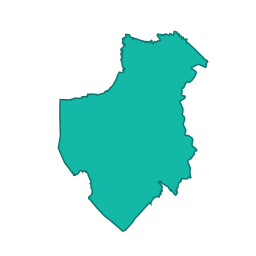 Yurécuaro, Michoacán, Mexico (Robinson projection), rotated 99°
{"feature_id": "50627088B45879442922010", "entity_name": "Yurécuaro", "entity_type": "district", "adm_level": 2, "iso_a3": "MEX", "parent_name": "Mexico", "parent_adm1": "Michoacán", "projection": "robinson", "projection_center": [-102.23, 20.294], "detail": "fine", "context": "isolated", "style": "filled", "palette": "teal", "viewbox_px": 256, "rotation_deg": 99, "n_neighbors": 0, "source": "geoboundaries", "source_scale": "gbopen_adm2", "svg_char_len": 5599}
<svg xmlns="http://www.w3.org/2000/svg" viewBox="0 0 256 256"><g transform="rotate(99 128 128)"><path d="M50.0,59.7L49.8,60.0L48.9,60.5L48.9,61.3L48.9,61.9L47.8,63.3L38.8,75.7L34.7,81.9L34.8,83.4L33.1,83.6L33.1,84.3L31.1,83.8L31.6,86.5L29.9,87.7L31.5,88.8L29.0,89.6L29.1,92.0L27.6,91.7L27.7,92.5L26.9,92.8L26.8,94.4L25.8,94.6L25.3,97.4L29.1,97.9L28.2,101.4L30.0,101.6L29.7,103.3L29.6,104.0L29.2,105.9L30.6,106.2L30.3,108.0L30.7,108.2L30.8,108.4L30.5,109.7L31.1,109.7L30.8,111.9L30.7,111.9L30.5,113.1L32.1,113.7L36.1,109.6L36.5,109.5L37.5,112.4L37.8,112.4L38.0,112.9L38.7,113.2L38.5,115.5L40.9,116.5L39.5,118.3L38.6,117.7L37.8,118.4L38.8,119.3L38.8,119.7L40.4,120.6L40.3,121.5L39.8,121.4L39.7,121.6L39.8,123.4L39.9,123.7L39.9,124.4L40.0,125.0L40.5,124.9L39.9,125.7L39.6,128.5L38.3,136.4L39.3,136.6L39.3,136.9L39.2,137.3L38.3,137.1L37.8,139.7L35.6,141.5L36.0,145.0L38.2,144.0L38.6,144.8L39.3,145.7L39.7,146.0L39.8,146.5L40.0,146.5L40.5,146.3L40.7,146.6L40.6,147.2L40.7,147.3L40.8,147.2L41.0,146.6L41.5,146.9L41.9,147.0L42.5,146.6L43.2,146.9L43.7,146.7L43.8,146.3L44.2,146.3L44.8,146.7L45.3,146.7L45.5,146.5L45.4,146.3L45.6,145.4L45.3,144.8L46.1,143.8L46.5,143.8L46.6,144.5L46.9,144.8L47.4,144.6L47.8,144.7L48.0,145.2L48.5,145.0L48.9,145.4L49.5,145.7L49.9,146.3L50.5,146.4L50.8,146.9L51.0,146.7L51.5,146.6L51.7,147.2L52.0,147.3L52.2,147.1L51.9,146.0L52.1,145.7L52.5,146.0L53.1,145.1L53.7,145.3L54.1,146.3L54.4,145.8L55.0,145.9L55.3,145.4L55.6,145.4L55.9,145.8L56.1,146.6L56.6,146.6L56.8,146.4L56.7,146.2L56.4,146.2L56.4,145.9L56.7,144.9L57.1,144.8L58.1,145.1L58.4,145.5L58.6,145.4L58.6,144.8L59.3,144.5L59.7,144.6L60.1,145.4L60.1,145.0L60.7,144.8L61.0,145.6L61.2,145.4L61.7,145.6L63.1,145.0L64.3,144.1L64.9,143.8L65.6,144.0L68.7,142.7L69.4,141.1L70.0,140.3L70.3,140.2L70.8,140.4L70.5,141.8L71.9,142.0L73.2,140.9L74.0,142.4L74.4,143.0L74.2,145.2L74.3,145.4L74.5,145.6L76.3,146.0L78.4,146.7L79.9,146.8L81.0,147.1L87.0,149.0L91.3,151.6L91.2,151.9L94.5,153.3L94.2,154.0L94.2,154.3L94.4,154.5L95.0,154.7L95.1,155.0L94.9,155.3L95.0,155.6L95.3,155.9L95.8,156.0L96.4,156.8L97.3,157.1L100.4,163.9L99.8,164.2L99.7,164.6L100.2,167.3L99.9,168.2L100.3,169.2L100.4,170.5L100.6,170.8L101.0,171.2L100.7,172.6L100.8,173.0L102.4,173.4L102.7,172.9L102.9,173.0L103.2,172.9L103.7,173.1L104.0,173.5L103.7,174.3L103.8,175.4L104.0,177.0L104.3,178.2L104.6,178.4L105.8,178.3L106.3,181.0L107.0,185.7L107.3,186.2L107.7,186.3L108.7,188.8L109.2,188.7L110.6,199.5L126.2,197.3L146.7,193.5L158.7,193.7L172.2,185.1L177.1,179.9L178.8,178.2L180.0,177.3L179.9,176.2L180.7,176.2L181.4,175.9L181.5,174.2L182.0,174.5L183.1,174.4L183.1,173.0L182.1,171.9L181.2,170.5L180.9,170.4L180.6,170.0L179.7,169.4L179.0,169.7L178.7,169.7L178.0,168.7L177.2,167.8L177.3,167.6L177.3,167.2L178.6,166.0L178.1,165.8L177.4,164.5L177.4,164.3L176.9,163.9L178.4,162.5L177.8,161.7L178.7,160.9L179.0,160.9L179.3,160.4L179.7,160.0L180.5,160.1L180.8,160.0L183.0,158.4L184.7,157.7L185.0,157.3L185.2,156.6L185.7,156.4L186.2,156.4L187.0,156.0L187.8,156.0L188.2,156.1L188.6,156.6L188.9,156.0L190.7,155.6L191.8,155.1L192.8,155.0L193.3,154.9L194.0,154.0L194.4,153.8L194.9,153.6L196.4,153.5L197.6,153.2L197.7,153.3L199.9,153.9L201.0,154.5L201.9,155.7L202.2,155.9L204.0,155.6L204.6,154.3L211.5,146.5L214.7,142.3L217.2,139.3L219.0,136.5L222.2,130.8L230.7,117.0L229.3,114.5L220.8,109.0L218.1,107.6L217.1,107.5L216.5,107.1L212.2,104.1L198.4,95.2L199.6,93.5L197.8,93.9L197.2,93.8L197.2,93.3L196.5,93.3L195.9,93.1L193.8,92.0L192.8,91.2L191.8,89.7L191.1,88.2L190.9,87.5L191.5,86.7L189.6,86.3L188.9,85.6L188.7,86.2L187.5,86.1L187.8,86.0L187.8,85.3L187.0,85.0L185.7,86.0L184.9,84.3L184.4,84.5L184.0,84.7L183.8,85.5L183.0,85.2L181.5,84.8L180.7,85.3L180.1,85.3L179.8,86.0L179.3,86.0L179.4,86.4L178.6,87.0L178.1,87.4L177.1,89.2L176.3,88.6L176.1,88.7L175.9,89.3L175.6,87.4L176.1,86.6L176.6,87.0L179.6,79.6L179.0,80.1L179.4,79.5L180.7,78.6L183.8,75.6L181.5,76.5L184.0,74.2L184.4,73.3L184.7,73.0L185.1,72.8L185.7,72.3L186.4,71.4L186.9,70.5L186.7,70.2L184.4,69.2L182.6,69.7L182.4,70.8L180.9,70.3L180.4,70.0L179.0,69.5L176.2,69.6L174.8,69.4L174.0,68.9L172.6,67.5L172.3,67.3L169.7,67.3L169.4,66.6L169.6,66.0L169.5,65.3L169.2,64.0L169.3,63.5L169.0,62.0L168.9,61.5L168.5,61.1L167.2,60.3L167.1,59.4L167.1,59.1L167.3,58.8L167.5,58.8L167.5,58.6L167.3,58.2L162.7,59.8L161.4,60.0L160.0,60.2L158.9,59.9L158.1,60.0L157.2,60.4L156.3,61.2L155.5,61.6L153.7,62.6L152.7,63.4L151.4,63.7L150.8,63.7L150.0,63.1L148.4,60.9L147.2,60.3L145.2,59.5L144.0,58.6L143.5,58.5L142.1,58.8L141.1,58.7L140.7,58.5L140.4,58.4L140.1,57.8L139.8,56.7L139.5,56.5L139.3,56.6L138.7,57.0L137.9,57.7L137.4,58.4L136.8,59.6L136.1,61.3L135.7,61.8L134.7,62.1L133.0,62.3L129.6,62.1L127.9,63.2L126.3,66.3L126.1,67.3L126.1,70.0L126.0,70.5L125.7,71.0L125.1,71.1L122.9,70.5L121.3,70.6L120.0,71.1L117.0,73.4L115.7,74.0L114.0,73.9L111.8,73.5L110.6,73.5L109.6,73.6L108.6,74.0L107.9,74.6L107.3,75.5L106.6,76.2L106.3,76.5L103.7,76.4L102.0,76.5L100.5,76.8L99.6,77.3L97.1,78.7L95.1,80.0L94.3,80.8L93.5,81.1L93.1,81.0L92.9,80.9L93.0,80.3L92.7,79.9L90.5,77.5L89.5,76.6L88.6,76.4L87.9,76.5L87.7,76.6L87.5,77.0L87.6,78.7L87.5,79.3L87.4,79.7L86.7,80.5L85.3,80.4L83.8,80.2L81.6,80.8L80.6,80.9L80.2,80.7L79.9,80.4L79.8,79.6L79.1,79.1L77.1,78.6L75.3,78.2L74.8,78.1L73.6,77.2L73.3,76.8L73.4,75.8L73.1,74.3L72.8,73.9L70.6,72.1L69.8,71.9L68.5,70.9L67.8,70.6L65.8,69.8L63.7,69.3L62.3,69.4L61.7,69.7L61.5,70.0L59.5,73.9L59.1,74.4L58.5,74.8L58.2,74.9L58.0,74.7L57.6,74.1L57.3,73.2L56.9,72.4L54.6,69.7L54.3,69.3L54.2,68.9L54.4,66.6L55.8,61.7L55.9,61.0L55.5,60.6L54.8,60.3L53.1,60.8L51.5,60.6L50.0,59.7Z" fill="#14b8a6" stroke="#0f766e" stroke-width="1.5"/></g></svg>